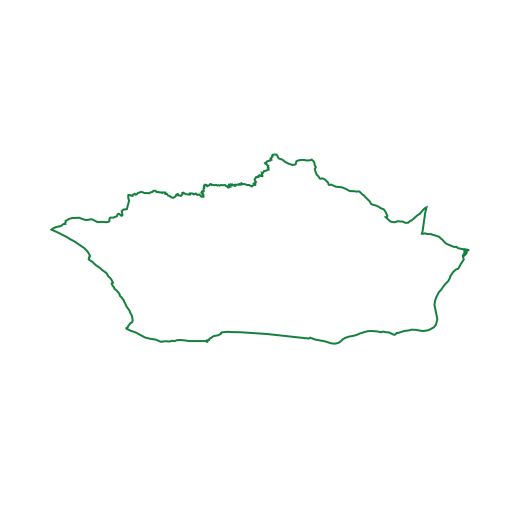 outline of San Vicente, Manabi, Ecuador, rotated 285°
{"feature_id": "8360857B32619791172197", "entity_name": "San Vicente", "entity_type": "district", "adm_level": 2, "iso_a3": "ECU", "parent_name": "Ecuador", "parent_adm1": "Manabi", "projection": "equal_earth", "projection_center": [-80.343, -0.465], "detail": "fine", "context": "isolated", "style": "outline", "palette": "green", "viewbox_px": 512, "rotation_deg": 285, "n_neighbors": 0, "source": "geoboundaries", "source_scale": "gbopen_adm2", "svg_char_len": 6131}
<svg xmlns="http://www.w3.org/2000/svg" viewBox="0 0 512 512"><g transform="rotate(285 256 256)"><path d="M363.5,284.8L362.8,284.2L361.7,281.4L361.2,279.2L361.3,278.1L360.9,276.1L360.2,273.9L358.7,271.3L357.9,270.5L355.2,270.6L354.7,270.3L353.9,269.1L353.7,268.0L353.3,267.5L353.6,263.8L354.4,259.8L355.9,256.6L356.1,252.8L357.0,251.6L358.2,250.9L359.2,249.6L359.0,248.1L358.1,246.0L357.5,245.7L357.1,246.1L356.6,245.8L355.9,246.1L355.3,245.5L354.9,245.5L354.2,244.8L352.9,246.1L351.9,245.1L351.9,244.2L351.2,243.8L350.2,242.1L349.0,241.7L348.1,240.6L347.6,241.1L347.6,242.4L346.9,243.0L346.2,244.6L344.7,244.5L344.3,245.4L343.6,245.3L342.7,245.8L342.4,244.6L341.6,244.4L340.8,243.4L340.2,241.8L337.9,241.1L337.9,240.1L336.8,240.7L336.3,240.3L335.8,240.4L335.1,241.5L334.8,241.5L334.5,240.0L334.9,238.4L334.2,237.9L333.3,238.0L333.2,237.2L332.7,237.3L332.3,235.7L331.6,235.7L330.5,235.0L329.1,235.0L328.4,235.5L327.6,236.8L327.1,236.3L326.3,236.5L326.3,235.9L325.8,235.4L325.6,236.5L324.4,236.9L324.2,236.7L324.4,235.7L322.9,234.4L322.2,234.2L322.1,233.9L322.5,233.0L322.4,232.2L322.8,231.0L322.3,229.0L322.5,226.5L322.2,225.0L321.7,224.2L322.4,223.5L322.5,223.2L321.4,223.2L320.9,222.7L320.9,222.3L321.4,221.6L321.3,221.3L320.6,221.3L320.2,220.6L320.3,219.6L319.5,218.6L319.6,217.5L319.2,217.2L318.5,217.8L318.2,217.4L318.9,216.2L318.2,215.3L318.9,214.4L318.1,214.0L318.7,212.8L318.3,212.5L318.0,212.7L317.9,211.5L317.0,211.4L316.3,211.7L316.0,212.9L315.4,211.9L314.9,211.6L314.9,211.1L315.7,210.7L315.8,209.5L316.0,208.5L316.5,208.0L316.4,207.3L315.8,205.8L315.5,203.7L314.5,202.6L314.7,201.4L314.1,200.3L314.4,199.2L313.6,197.5L313.5,195.4L313.1,194.7L313.2,194.3L313.8,193.9L313.8,193.5L313.3,192.9L312.2,192.5L311.5,191.7L311.6,190.5L311.3,190.9L310.9,190.8L311.0,189.8L311.6,189.0L311.3,188.1L310.7,187.6L310.1,187.9L309.0,187.7L308.4,188.5L307.4,187.9L304.8,188.8L304.5,188.6L304.8,187.6L304.6,187.2L303.2,186.8L302.6,187.2L302.2,188.6L301.5,188.6L301.2,189.5L300.5,189.4L299.6,189.9L299.4,189.6L299.2,187.7L300.1,186.6L300.7,185.1L299.8,183.5L299.9,183.0L300.7,181.9L300.6,181.4L299.9,180.9L300.0,180.0L299.5,179.8L299.9,178.3L299.4,175.9L299.0,175.7L298.3,176.3L298.0,175.8L297.6,172.1L298.4,169.4L297.7,168.5L297.0,169.1L294.8,168.1L294.5,167.5L294.7,167.0L294.5,165.0L295.5,164.7L295.5,164.1L295.0,163.9L294.5,163.1L293.0,163.0L291.6,161.9L290.7,160.7L290.8,158.6L291.6,157.2L291.7,155.3L292.9,153.9L292.4,152.4L292.9,152.1L293.8,152.1L293.3,149.4L292.6,149.1L292.9,148.0L292.4,146.3L292.7,145.1L292.0,143.9L292.2,143.0L293.0,142.2L292.6,140.2L291.1,139.4L290.1,137.6L288.8,136.6L288.9,135.7L287.9,131.8L288.2,130.5L288.2,128.2L287.4,127.5L286.3,125.5L284.9,125.0L284.5,124.6L284.1,123.6L284.5,123.3L284.7,122.8L283.7,121.8L283.3,121.1L282.2,121.2L281.9,119.1L282.2,118.9L282.2,118.0L281.9,117.0L280.4,117.1L278.1,118.1L276.6,119.1L267.8,119.1L266.5,115.8L264.5,114.7L261.0,116.4L260.5,116.3L260.2,116.1L260.1,115.2L261.0,113.6L261.2,113.0L261.0,112.1L260.5,111.6L258.4,111.3L256.1,108.2L255.5,105.7L254.9,105.0L254.1,104.8L251.6,105.3L250.7,104.4L249.8,102.3L249.2,98.6L248.0,95.1L247.8,93.7L248.9,88.8L248.8,87.0L247.4,84.4L246.7,82.4L246.7,80.1L247.2,75.2L245.0,68.5L243.5,66.0L240.6,63.0L239.2,63.5L238.3,63.0L237.6,63.5L237.0,61.7L234.8,60.1L234.1,58.9L233.3,58.1L233.3,57.3L231.8,54.9L230.0,52.7L228.5,51.6L227.5,58.0L225.2,69.0L224.2,71.9L223.1,76.8L219.2,88.1L216.6,92.3L213.5,95.3L212.6,95.7L211.5,95.0L210.5,95.5L209.6,95.2L209.2,95.7L207.8,99.9L205.9,103.2L204.0,108.6L202.6,111.2L200.7,116.1L198.0,118.7L197.5,120.0L196.1,122.1L193.4,124.6L193.1,124.8L192.1,123.7L190.0,125.3L189.0,127.0L187.6,127.8L187.1,129.4L184.9,132.8L183.5,134.3L182.3,134.8L181.1,137.1L178.9,139.8L177.8,140.4L176.4,141.9L174.0,143.7L170.2,148.2L169.1,148.8L166.1,151.6L162.1,153.5L160.5,153.6L160.1,153.5L158.4,151.9L157.2,151.6L155.6,150.8L153.6,150.4L152.7,149.4L152.3,149.6L151.4,153.9L151.0,159.5L148.6,169.8L148.6,174.4L149.3,180.7L148.5,186.2L150.2,190.4L151.0,194.7L152.2,196.4L152.9,199.7L154.1,201.2L155.3,204.6L156.2,210.1L156.5,213.4L160.7,229.0L160.4,231.0L160.7,231.3L161.9,230.6L162.7,232.4L164.2,232.6L165.4,234.1L166.5,234.7L167.5,235.7L169.9,240.3L171.9,242.4L172.7,242.2L173.4,242.8L175.7,249.0L175.8,250.5L178.4,261.0L183.5,286.8L189.9,328.2L190.3,329.0L191.1,329.5L190.6,334.7L191.4,344.2L191.1,351.0L191.6,354.5L192.5,356.6L194.4,359.2L198.1,361.5L200.2,363.6L202.4,367.0L203.6,369.8L205.5,373.2L208.2,376.6L211.7,382.3L212.6,384.2L213.7,388.2L214.6,393.2L214.7,396.7L215.4,397.4L215.9,398.7L216.0,401.4L216.6,404.1L215.7,408.9L215.7,410.3L217.2,411.5L218.1,411.8L218.5,413.3L221.7,418.2L224.1,423.8L225.0,425.0L226.0,429.3L226.4,434.2L226.9,437.2L229.0,441.9L233.3,446.4L236.2,447.5L241.2,447.6L242.8,447.1L255.0,441.0L259.3,440.6L263.4,440.9L268.6,442.1L271.4,443.6L277.1,445.7L281.4,448.1L284.4,448.9L286.7,449.0L291.4,450.5L294.7,452.6L296.0,454.5L296.7,454.9L300.5,455.7L306.5,457.6L308.7,456.2L310.0,455.8L312.8,456.5L314.1,456.3L315.5,455.5L316.1,455.5L316.7,456.2L316.0,453.0L315.9,449.0L316.8,447.2L316.3,446.0L316.0,444.6L317.1,436.8L318.3,434.3L320.3,431.3L321.1,429.2L321.7,428.6L322.0,427.6L322.4,419.1L321.5,415.7L321.7,413.4L320.7,411.7L320.5,410.4L323.0,410.5L341.1,408.3L347.1,408.1L345.9,406.8L343.3,405.2L339.3,403.4L336.8,401.2L330.3,396.9L330.1,396.2L329.5,395.7L327.5,394.4L326.7,391.6L327.3,388.5L326.7,386.8L326.3,383.8L325.0,382.1L324.4,380.9L324.1,378.7L324.1,377.2L324.6,375.9L327.1,371.3L327.4,372.0L328.0,372.5L328.9,372.4L332.4,369.5L334.1,367.3L334.5,364.0L335.2,362.2L335.7,359.9L335.9,353.9L338.3,351.5L341.5,345.9L342.3,345.0L342.8,343.2L344.9,339.5L345.0,338.4L344.2,336.3L343.9,333.4L343.1,330.4L343.1,329.1L344.0,325.9L344.6,321.1L343.6,315.3L344.4,310.0L343.5,308.3L344.1,307.4L345.3,306.8L346.0,305.9L348.0,302.2L348.1,299.8L347.3,298.3L347.4,297.4L349.0,295.8L350.3,293.5L353.2,291.4L355.1,290.3L357.3,290.8L358.6,289.4L361.4,288.1L362.5,286.9L363.5,284.8ZM316.8,460.4L316.7,457.3L316.6,456.6L316.1,456.0L315.4,455.9L312.8,457.0L310.5,456.5L309.7,456.7L312.9,458.6L314.4,458.5L315.0,458.0L315.9,458.3L316.8,460.4Z" fill="none" stroke="#15803d" stroke-width="2"/></g></svg>